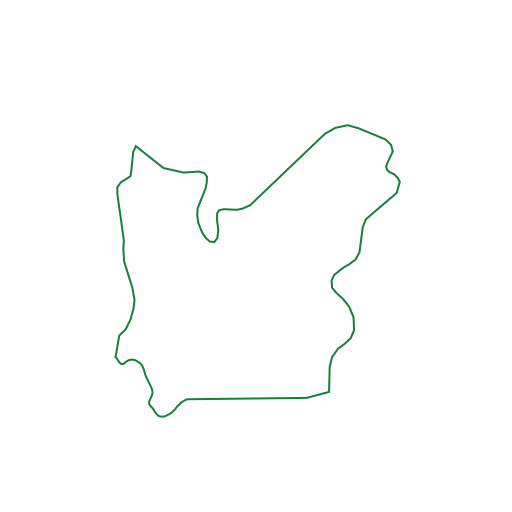 the Province of Aïn Témouchent, rotated 331°
{"feature_id": "DZA-2144", "entity_name": "Aïn Témouchent", "entity_type": "Province", "adm_level": 1, "iso_a3": "DZA", "parent_name": "Algeria", "parent_adm1": "", "projection": "albers", "projection_center": [-1.072, 35.355], "detail": "fine", "context": "isolated", "style": "outline", "palette": "green", "viewbox_px": 512, "rotation_deg": 331, "n_neighbors": 0, "source": "natural_earth", "source_scale": "10m", "svg_char_len": 1454}
<svg xmlns="http://www.w3.org/2000/svg" viewBox="0 0 512 512"><g transform="rotate(331 256 256)"><path d="M84.0,276.2L85.4,274.9L97.8,259.3L106.7,256.8L115.6,250.6L123.2,242.8L128.4,235.7L132.4,224.2L138.0,196.9L142.8,186.6L148.3,177.6L164.8,134.5L168.1,128.6L173.6,126.0L184.7,125.4L187.1,122.6L199.2,105.3L204.2,101.7L204.6,102.8L217.7,134.2L233.1,147.9L246.7,154.3L250.9,158.3L251.6,162.9L248.4,168.0L244.6,172.5L228.2,185.9L224.3,191.9L221.6,198.9L220.3,209.6L220.9,216.1L222.6,221.0L226.4,223.6L230.8,221.6L235.6,215.1L239.5,205.2L242.7,199.9L245.7,198.1L250.5,199.4L261.2,206.1L267.1,208.0L275.6,208.7L375.6,182.5L387.5,182.4L399.7,186.1L407.8,194.2L425.8,216.9L428.0,224.3L426.4,230.8L416.2,238.2L413.2,240.8L412.4,244.1L413.4,247.2L416.4,251.6L417.8,256.3L417.7,260.9L409.7,269.0L369.9,277.1L363.1,282.8L348.4,302.8L341.4,307.4L333.5,308.4L326.4,308.6L315.4,310.4L310.2,314.1L307.2,320.6L308.4,327.4L311.3,335.8L312.9,345.6L311.6,356.9L305.8,368.5L298.9,373.8L290.5,375.9L282.9,376.8L273.6,381.3L266.8,388.5L254.0,410.3L231.4,404.6L126.3,347.9L122.9,347.7L119.6,347.9L113.8,349.5L111.3,350.7L108.0,351.7L104.1,352.3L98.4,352.1L95.2,350.6L93.1,348.4L92.3,345.6L91.8,339.4L90.7,334.2L91.7,331.8L97.9,327.0L99.4,325.1L100.1,323.4L100.7,320.8L101.4,307.3L102.9,300.6L103.3,297.1L102.7,293.5L100.2,288.9L97.4,286.5L94.0,285.4L90.7,285.5L87.4,286.2L85.6,284.8L84.9,282.7L84.5,277.3L84.0,276.2Z" fill="none" stroke="#15803d" stroke-width="2"/></g></svg>